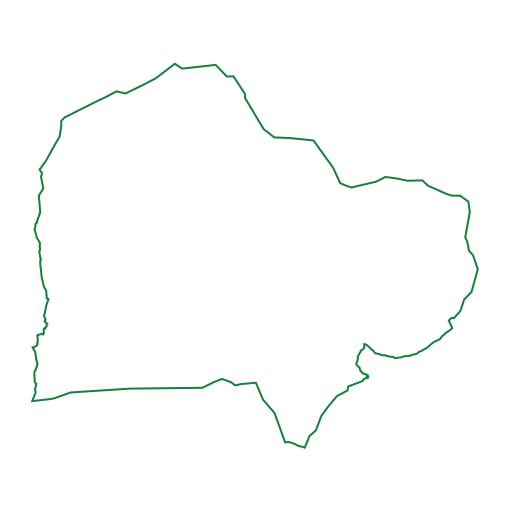 Altai, Hovd, Mongolia (Natural Earth projection), rotated 91°
{"feature_id": "93677404B38037310597400", "entity_name": "Altai", "entity_type": "district", "adm_level": 2, "iso_a3": "MNG", "parent_name": "Mongolia", "parent_adm1": "Hovd", "projection": "natural_earth1", "projection_center": [92.813, 45.736], "detail": "fine", "context": "isolated", "style": "outline", "palette": "green", "viewbox_px": 512, "rotation_deg": 91, "n_neighbors": 0, "source": "geoboundaries", "source_scale": "gbopen_adm2", "svg_char_len": 5890}
<svg xmlns="http://www.w3.org/2000/svg" viewBox="0 0 512 512"><g transform="rotate(91 256 256)"><path d="M324.7,58.5L317.1,62.1L314.5,59.5L314.7,57.0L307.4,50.7L295.8,47.1L288.2,39.9L265.3,34.0L251.3,39.1L247.1,43.1L237.4,45.2L233.7,47.1L208.3,43.0L198.0,44.6L192.2,52.8L192.2,61.4L190.8,66.1L189.4,69.5L182.7,85.3L177.5,91.0L178.1,105.8L176.2,115.5L175.2,123.5L174.8,128.3L179.5,136.9L185.8,161.7L184.8,165.2L181.8,173.0L166.3,180.5L139.5,200.5L137.5,223.8L137.1,239.8L129.1,250.5L98.2,269.7L94.4,269.7L76.8,281.6L77.0,288.4L65.6,299.7L68.1,318.6L69.9,333.2L65.2,340.4L80.1,359.4L86.3,370.7L95.8,389.3L93.8,398.3L99.2,408.0L104.5,418.7L120.8,449.8L124.3,453.1L130.0,453.0L140.3,454.5L147.4,458.6L164.2,467.5L173.5,473.9L176.8,471.4L180.8,472.3L192.1,469.8L199.4,474.2L215.8,472.5L216.5,472.8L217.0,472.8L217.4,473.0L217.9,473.0L218.0,473.0L218.5,473.2L218.8,473.5L219.1,473.5L219.6,473.7L219.9,473.7L220.3,473.8L221.6,474.5L222.4,474.7L222.8,474.6L223.0,474.7L223.4,475.0L223.7,475.1L223.9,475.2L224.4,475.3L224.8,475.5L225.2,475.5L225.5,475.4L226.1,475.6L226.3,475.6L226.5,476.2L227.0,476.2L227.3,476.3L227.5,476.7L227.7,476.9L227.9,477.1L228.1,477.1L228.9,477.1L230.0,477.2L230.7,477.2L231.0,477.1L231.4,477.1L232.2,477.3L232.3,477.4L232.6,477.6L232.8,477.9L232.9,478.0L233.1,478.0L233.4,477.9L234.1,477.6L241.5,475.4L246.8,472.2L247.0,472.2L247.1,472.3L247.4,472.3L249.0,472.4L249.5,472.4L249.7,472.5L250.0,472.4L250.2,472.2L251.2,472.4L251.8,472.3L252.2,472.1L252.8,472.2L253.4,472.0L253.9,472.1L254.6,472.3L254.9,472.6L255.1,472.8L255.5,472.8L261.9,471.5L262.1,471.4L262.3,471.4L262.6,471.1L262.8,471.0L263.5,471.2L263.7,471.3L263.8,471.4L264.2,471.4L264.3,471.5L264.7,471.7L264.8,471.7L265.1,471.5L265.5,471.5L265.9,471.6L266.6,471.6L266.8,471.7L274.2,470.7L280.5,470.0L284.8,468.9L290.1,467.6L291.8,466.8L293.8,465.3L302.1,464.4L302.7,462.7L308.6,464.7L317.9,466.4L318.2,466.5L318.6,466.6L318.9,466.8L319.7,466.8L319.9,466.8L320.0,466.9L320.3,466.7L323.2,465.3L325.0,466.3L327.2,463.7L327.3,463.9L327.7,464.1L328.0,464.1L328.5,464.1L329.0,464.3L329.1,464.2L329.3,464.1L329.5,464.2L329.9,464.1L330.0,464.2L330.1,464.3L330.4,464.5L330.8,464.8L331.0,464.9L331.1,465.0L331.1,465.4L331.6,465.9L331.8,465.9L332.3,465.7L332.3,465.9L332.3,466.3L332.4,466.6L332.7,466.9L333.0,466.9L336.6,466.8L336.6,467.0L336.9,467.4L337.2,467.5L337.7,467.6L338.1,467.5L337.7,469.1L338.8,472.6L339.2,473.3L341.7,472.9L344.4,472.7L345.0,472.8L345.6,472.8L345.8,472.9L346.1,472.9L346.3,473.0L346.5,473.0L346.8,473.2L347.0,473.1L347.2,472.9L347.3,472.9L347.5,473.0L347.7,472.9L347.8,472.9L348.2,473.1L348.5,473.1L349.2,473.5L350.8,475.9L351.3,477.8L356.1,474.9L357.8,474.9L358.0,474.8L358.5,474.6L359.0,474.6L359.6,474.5L360.3,474.5L360.7,474.3L361.3,474.2L361.7,474.0L362.3,474.0L363.4,474.1L363.5,474.0L363.8,473.7L364.5,473.6L364.9,473.4L365.2,473.2L365.5,472.9L366.9,472.9L367.2,472.8L367.5,472.6L367.9,472.7L368.6,472.8L368.8,472.8L368.9,473.0L369.1,473.1L369.4,473.2L370.4,473.2L370.5,473.2L370.7,473.4L370.9,473.5L371.6,473.6L372.1,473.9L372.4,474.0L372.7,474.1L373.2,474.1L373.4,474.1L373.5,474.2L373.8,474.6L374.2,474.9L375.1,475.2L375.3,475.4L378.4,475.6L386.1,475.0L387.6,473.5L393.4,474.6L396.2,473.9L399.8,475.3L405.0,477.2L402.9,461.2L402.0,455.8L395.7,439.0L390.8,379.5L388.7,307.3L382.8,295.8L379.5,287.8L382.7,278.6L385.7,274.7L384.3,268.5L382.7,253.9L399.6,246.4L412.7,234.7L441.9,223.6L441.7,222.5L441.5,221.7L441.4,219.8L441.8,218.9L442.1,217.6L442.1,216.7L442.4,216.1L442.5,215.9L442.8,215.7L442.9,215.0L443.1,214.5L443.5,213.7L443.6,213.2L444.1,212.2L444.1,211.9L445.0,211.0L445.0,209.8L445.4,209.3L445.6,208.3L446.1,205.5L446.4,205.0L446.6,204.4L446.8,204.1L446.7,204.0L446.7,203.9L435.1,199.4L429.4,193.1L414.6,187.8L405.0,181.0L394.7,172.7L388.9,162.2L384.8,161.5L379.2,147.2L378.7,147.1L378.3,146.8L377.8,146.5L377.3,146.3L377.1,146.0L376.7,144.4L375.9,143.8L375.6,143.6L375.0,143.0L375.0,142.8L375.0,142.7L375.5,142.7L375.8,142.7L376.0,142.5L376.0,142.3L375.8,142.1L375.7,141.9L375.4,141.7L375.0,141.6L374.7,141.6L374.1,142.0L373.3,142.2L373.2,142.4L373.2,142.7L373.2,143.1L373.1,143.3L372.9,143.6L372.7,143.8L372.4,144.1L372.0,145.2L372.1,145.8L371.9,146.1L371.6,146.5L371.6,146.8L371.4,147.0L371.2,147.2L371.0,147.5L370.9,147.9L370.8,148.2L370.6,148.3L369.8,148.5L369.5,148.8L369.0,149.6L368.7,149.8L368.1,150.0L367.0,150.3L366.3,150.3L365.9,150.5L365.6,150.7L364.7,151.9L363.5,153.1L363.1,153.6L362.2,153.9L361.3,153.7L360.2,153.2L358.3,152.6L357.5,152.5L356.7,152.3L356.0,152.3L355.7,152.4L355.2,152.4L354.6,152.3L353.9,152.0L352.9,151.4L351.3,150.7L350.8,150.4L350.5,150.1L350.3,149.9L349.7,149.7L349.1,149.7L348.8,149.6L348.5,149.4L348.3,149.1L348.2,148.5L348.1,148.2L347.5,147.6L346.9,147.0L346.6,146.9L346.3,146.6L345.9,146.1L345.7,146.1L345.4,146.2L345.2,146.3L344.8,146.5L344.5,146.4L344.0,146.2L343.5,146.0L343.0,145.9L342.8,146.0L342.5,146.3L342.2,146.3L342.3,145.5L342.6,144.9L342.8,144.0L343.1,143.6L344.5,142.1L345.1,141.1L345.4,140.7L346.2,140.2L346.6,139.9L347.0,139.5L348.5,137.2L349.0,136.8L350.4,135.9L350.8,135.4L351.2,134.7L351.3,134.0L351.5,133.0L351.7,132.3L352.1,130.4L352.4,129.8L352.6,129.1L353.1,128.4L353.1,127.9L352.8,126.4L352.8,126.1L353.1,125.3L353.2,124.9L353.4,124.2L353.6,123.5L353.9,122.0L354.3,120.2L354.4,119.1L354.4,117.9L354.6,116.8L355.2,116.1L355.5,115.4L355.6,114.7L355.1,111.2L355.0,110.3L354.9,109.6L354.6,108.7L353.7,105.8L353.5,104.6L353.3,103.5L353.1,100.3L352.3,98.7L351.2,94.6L350.7,93.3L350.5,92.8L350.2,92.4L349.9,92.2L349.3,91.8L349.0,91.4L348.8,90.9L348.6,90.5L348.5,89.9L348.3,89.4L347.9,88.6L347.1,87.6L345.7,85.0L344.7,83.3L343.4,81.7L341.4,79.8L339.4,77.3L338.9,76.6L338.3,75.4L337.9,74.7L337.7,74.1L337.2,73.0L336.1,71.1L335.8,70.6L335.1,70.0L333.7,69.1L332.9,68.4L331.5,66.8L330.2,65.6L329.1,64.2L328.4,63.0L328.0,62.5L327.4,61.6L326.6,60.6L325.8,59.6L324.7,58.5Z" fill="none" stroke="#15803d" stroke-width="2"/></g></svg>